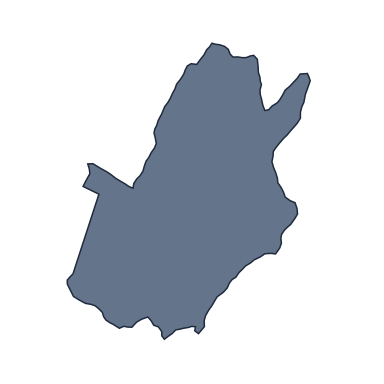 outline of Itagi, Bahia, Brazil, rotated 192°
{"feature_id": "56859067B20920204159127", "entity_name": "Itagi", "entity_type": "district", "adm_level": 2, "iso_a3": "BRA", "parent_name": "Brazil", "parent_adm1": "Bahia", "projection": "mercator", "projection_center": [-40.033, -14.169], "detail": "fine", "context": "isolated", "style": "filled", "palette": "slate", "viewbox_px": 384, "rotation_deg": 192, "n_neighbors": 0, "source": "geoboundaries", "source_scale": "gbopen_adm2", "svg_char_len": 2303}
<svg xmlns="http://www.w3.org/2000/svg" viewBox="0 0 384 384"><g transform="rotate(192 192 192)"><path d="M295.7,79.9L294.8,76.0L290.8,70.9L286.2,65.2L279.3,62.7L273.0,60.9L267.1,61.1L262.9,60.5L259.1,58.5L254.7,55.6L252.3,51.4L249.5,48.8L244.6,46.9L241.1,46.0L234.7,43.6L230.7,46.5L226.9,46.5L222.6,47.3L219.1,53.2L214.8,57.1L209.3,60.5L205.3,57.7L201.7,53.7L196.9,53.1L192.7,49.3L191.6,45.0L188.4,42.2L185.8,45.3L181.9,49.5L179.2,53.7L175.2,55.4L171.6,57.1L167.5,58.7L164.3,60.5L160.5,60.9L160.5,56.8L156.2,54.8L154.2,58.5L151.9,62.9L153.3,68.6L153.1,73.5L151.3,79.4L148.7,85.5L147.0,90.8L145.6,94.7L140.4,100.6L137.6,105.4L136.5,110.7L134.5,114.8L131.5,117.6L129.3,122.9L126.9,126.5L124.2,130.9L120.1,134.7L117.0,138.6L111.5,142.9L108.0,146.7L101.9,148.4L97.4,148.8L94.6,155.3L93.9,160.4L95.5,165.7L95.5,169.3L93.7,173.8L91.3,177.5L88.8,180.7L86.9,185.0L85.5,188.5L84.2,192.5L85.9,197.8L89.0,203.0L94.1,203.9L99.8,206.4L102.7,211.2L106.1,215.3L109.9,218.8L111.3,223.2L114.0,228.1L117.2,232.8L120.1,238.2L120.2,244.2L120.9,248.3L119.7,251.7L117.0,257.2L113.6,263.5L110.7,267.7L108.5,272.0L105.9,276.5L103.4,281.0L101.3,286.7L102.5,292.6L102.3,298.2L101.2,303.0L101.4,310.8L100.4,318.2L99.5,325.3L101.4,328.7L103.8,331.9L110.7,329.9L112.8,324.9L115.2,321.0L118.3,315.8L122.0,311.1L123.5,305.8L125.4,300.3L127.3,296.8L131.5,292.8L134.2,288.3L137.8,286.9L140.9,291.9L143.3,297.3L145.4,301.3L146.7,305.8L146.4,311.5L148.3,314.7L149.4,318.3L151.9,322.7L153.6,329.0L155.7,335.4L160.1,338.5L163.4,337.1L166.8,334.8L170.4,333.9L175.5,333.6L180.0,332.5L183.4,334.9L186.2,339.1L190.4,341.2L195.8,341.8L199.6,341.4L203.4,341.7L204.9,337.8L207.2,334.2L208.9,328.3L211.3,323.6L213.9,317.8L219.6,317.3L222.8,314.3L224.0,309.8L224.6,305.6L226.6,300.1L229.5,294.2L230.1,289.3L231.4,285.2L232.7,279.2L234.3,274.3L236.4,270.0L237.9,262.0L239.9,255.1L240.4,249.6L241.5,245.8L241.4,241.8L239.4,237.7L237.0,232.0L237.9,227.1L240.0,222.2L241.5,216.7L243.3,212.7L244.0,207.6L244.3,202.3L246.1,197.4L248.8,193.2L250.7,188.3L250.5,183.5L254.7,184.2L258.7,185.9L263.9,187.6L269.2,189.4L274.7,192.1L279.1,193.9L283.3,195.2L286.6,196.2L290.0,197.4L294.8,199.1L299.8,197.8L297.4,193.5L295.7,188.7L298.1,180.9L299.7,174.8L282.6,170.5L291.4,87.2L293.5,83.9L295.7,79.9Z" fill="#64748b" stroke="#1e293b" stroke-width="1.5"/></g></svg>